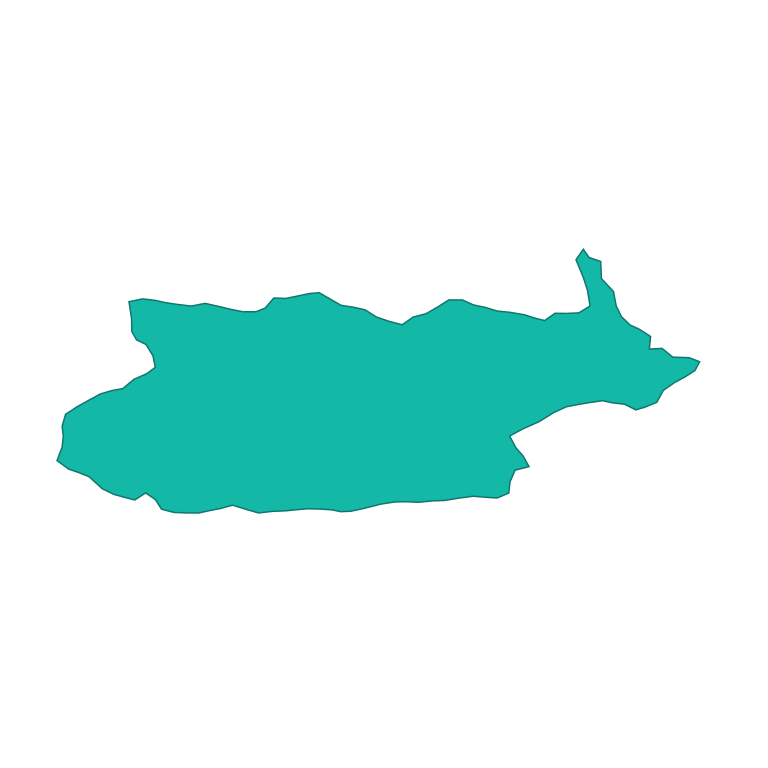 the district of Conceição das Pedras, Minas Gerais, Brazil, rotated 19°
{"feature_id": "56859067B3720188207773", "entity_name": "Conceição das Pedras", "entity_type": "district", "adm_level": 2, "iso_a3": "BRA", "parent_name": "Brazil", "parent_adm1": "Minas Gerais", "projection": "mercator", "projection_center": [-45.418, -22.139], "detail": "fine", "context": "isolated", "style": "filled", "palette": "teal", "viewbox_px": 768, "rotation_deg": 19, "n_neighbors": 0, "source": "geoboundaries", "source_scale": "gbopen_adm2", "svg_char_len": 1810}
<svg xmlns="http://www.w3.org/2000/svg" viewBox="0 0 768 768"><g transform="rotate(19 384 384)"><path d="M635.3,259.8L623.5,264.6L620.6,252.3L608.0,249.2L597.5,248.1L586.7,243.1L578.2,234.7L570.8,221.8L555.3,213.6L549.0,197.6L536.6,197.6L528.6,191.7L525.1,204.0L537.9,218.5L546.0,229.3L553.4,243.1L545.1,253.3L534.0,257.7L522.6,261.5L515.3,271.7L505.2,272.6L494.2,272.8L479.4,275.3L467.1,278.2L455.1,278.6L442.7,280.1L430.7,279.0L417.9,283.4L410.3,293.0L400.8,303.9L389.8,311.2L381.9,322.1L368.5,323.1L354.8,323.1L341.8,320.0L329.2,321.5L317.8,323.6L305.0,321.1L293.0,318.8L284.1,322.7L273.6,329.0L263.2,335.1L251.8,338.6L246.9,350.9L239.4,357.4L227.0,361.6L215.0,363.3L204.1,364.3L188.7,366.0L176.3,373.1L161.9,376.2L150.5,378.3L140.4,379.4L128.1,382.1L116.1,389.2L124.2,404.7L128.4,416.4L135.6,422.8L146.1,424.1L156.3,432.5L162.3,442.7L156.3,451.5L146.1,460.9L138.5,473.4L129.0,478.7L119.2,485.6L109.7,496.0L101.1,505.6L92.8,516.3L93.4,528.6L97.9,538.2L100.2,548.5L99.8,562.9L113.5,567.1L124.2,567.1L135.4,567.7L151.9,574.8L164.8,576.3L174.7,575.7L186.1,574.8L194.1,564.6L205.5,567.7L214.4,574.8L227.4,573.8L239.8,570.0L250.8,566.3L259.1,561.2L269.8,555.0L280.2,547.9L294.6,547.4L307.3,546.8L320.5,540.5L331.9,536.1L341.2,531.8L352.2,526.9L365.2,522.8L375.5,520.0L384.6,518.8L393.9,515.2L405.3,508.3L419.6,498.9L432.6,492.0L442.7,488.3L455.4,484.5L468.0,478.7L479.4,474.3L492.2,467.4L504.8,461.1L516.2,458.2L528.0,455.0L537.5,446.5L535.0,435.4L536.0,422.8L548.0,414.9L538.9,406.7L529.6,401.5L519.7,392.3L529.6,381.5L542.9,369.1L553.8,355.7L563.9,346.1L573.3,340.7L584.8,334.4L596.2,328.6L605.7,327.5L618.1,324.8L630.5,326.5L638.4,320.8L647.9,312.5L650.2,299.1L658.1,288.2L666.3,279.3L673.6,270.1L675.2,260.2L663.8,259.8L648.3,264.6L635.3,259.8Z" fill="#14b8a6" stroke="#0f766e" stroke-width="1.5"/></g></svg>